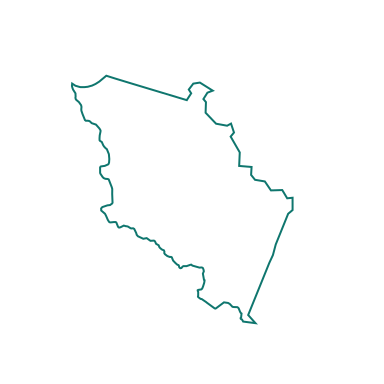 outline of Wayne, West Virginia, United States of America, rotated 338°
{"feature_id": "52423323B4598026966549", "entity_name": "Wayne", "entity_type": "district", "adm_level": 2, "iso_a3": "USA", "parent_name": "United States of America", "parent_adm1": "West Virginia", "projection": "natural_earth1", "projection_center": [-82.507, 38.132], "detail": "fine", "context": "isolated", "style": "outline", "palette": "teal", "viewbox_px": 384, "rotation_deg": 338, "n_neighbors": 0, "source": "geoboundaries", "source_scale": "gbopen_adm2", "svg_char_len": 2669}
<svg xmlns="http://www.w3.org/2000/svg" viewBox="0 0 384 384"><g transform="rotate(338 192 192)"><path d="M190.9,331.3L201.7,337.4L198.0,327.1L237.2,286.6L243.4,280.8L250.0,272.0L273.0,248.2L278.5,246.4L283.1,235.0L277.9,233.5L276.4,224.0L265.8,220.1L263.5,209.5L255.0,204.3L253.2,198.3L256.6,191.1L245.5,185.5L251.1,173.2L248.6,155.1L253.2,152.6L253.8,143.2L249.4,143.7L239.9,137.7L234.3,123.6L238.6,113.9L237.4,110.1L243.5,105.7L249.2,105.8L240.3,93.5L233.8,92.0L227.4,95.8L228.2,100.2L222.5,104.2L221.6,104.9L177.5,69.5L163.0,57.8L156.1,52.1L147.4,54.9L143.0,55.7L139.1,55.9L137.6,55.7L134.8,55.4L131.3,54.4L128.1,53.1L127.0,52.4L123.7,49.8L121.5,46.6L120.4,48.7L120.1,51.1L120.1,52.5L120.9,56.9L119.8,60.0L119.2,61.0L119.0,62.4L119.2,63.2L120.8,66.2L121.0,67.0L121.7,70.0L121.4,71.7L120.3,73.9L119.9,75.2L119.7,78.7L119.7,85.2L120.3,86.2L121.9,86.8L123.1,87.5L123.8,88.3L124.8,90.6L128.2,93.5L128.6,94.6L129.9,98.3L130.2,99.8L130.2,100.9L129.8,101.7L127.6,105.0L126.4,107.5L125.7,109.3L125.8,110.0L127.1,111.9L127.2,115.3L127.5,116.9L128.3,119.0L129.1,120.4L129.1,125.8L127.7,130.4L126.2,133.5L125.3,134.6L124.5,135.0L120.9,135.1L117.2,134.2L116.8,134.2L116.0,134.8L114.0,139.8L113.9,140.6L114.7,144.5L115.3,146.0L116.6,147.3L118.8,148.4L119.5,149.2L119.4,157.4L119.2,159.3L117.2,164.1L114.3,172.2L113.5,172.8L111.1,173.4L108.6,172.7L103.2,172.4L101.6,173.2L100.9,175.2L103.2,179.6L103.4,181.9L103.5,186.3L103.9,188.5L104.2,189.1L105.1,189.7L108.3,190.6L110.0,191.3L110.4,192.0L110.4,196.4L110.7,197.3L111.1,197.7L112.4,197.9L116.2,197.6L117.8,198.9L118.8,199.4L119.7,200.1L121.5,202.6L122.2,203.1L123.8,203.6L124.6,204.6L124.9,209.1L124.7,211.0L125.3,212.8L129.3,217.1L132.7,217.8L135.2,221.7L138.5,222.8L139.2,223.9L139.3,226.6L140.1,227.6L141.1,228.9L141.1,231.1L141.5,232.1L142.5,234.0L144.1,235.6L144.1,236.9L143.4,238.3L143.6,239.5L145.1,242.1L146.9,243.8L148.3,244.4L148.8,245.0L148.8,248.5L150.1,251.8L151.2,254.0L152.1,254.7L152.2,255.7L152.0,257.0L152.2,257.7L152.7,258.3L153.8,258.5L155.2,257.7L156.3,257.5L159.2,258.7L163.3,258.9L164.1,259.1L164.8,260.4L170.6,264.9L172.5,265.5L173.1,265.9L173.6,266.6L173.6,268.2L173.3,269.9L171.5,271.8L170.2,278.0L170.6,278.4L170.5,278.8L169.2,280.9L166.8,283.8L165.2,285.4L164.1,285.8L161.1,285.1L160.5,285.2L160.3,285.7L160.3,287.0L159.0,290.2L158.4,291.1L158.4,291.8L159.9,294.3L160.9,294.9L163.9,299.4L164.2,300.0L169.4,308.4L170.2,308.9L170.8,308.8L180.3,306.3L183.9,308.4L185.1,310.0L186.5,313.6L187.8,314.4L190.8,315.7L191.5,316.6L191.7,317.5L191.7,321.0L191.9,322.4L192.4,323.2L190.6,326.6L189.8,327.1L189.7,327.7L190.0,328.4L190.6,328.9L190.9,331.3Z" fill="none" stroke="#0f766e" stroke-width="2"/></g></svg>